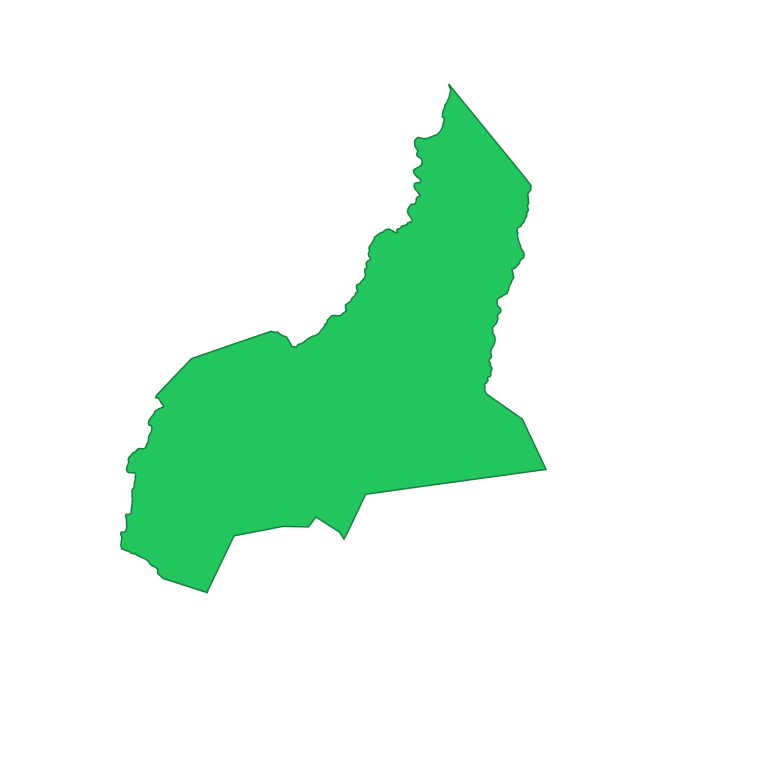 outline of Itaguaçu da Bahia, Bahia, Brazil, rotated 34°
{"feature_id": "56859067B27596324942544", "entity_name": "Itaguaçu da Bahia", "entity_type": "district", "adm_level": 2, "iso_a3": "BRA", "parent_name": "Brazil", "parent_adm1": "Bahia", "projection": "albers", "projection_center": [-42.3, -10.736], "detail": "fine", "context": "isolated", "style": "filled", "palette": "green", "viewbox_px": 768, "rotation_deg": 34, "n_neighbors": 0, "source": "geoboundaries", "source_scale": "gbopen_adm2", "svg_char_len": 5905}
<svg xmlns="http://www.w3.org/2000/svg" viewBox="0 0 768 768"><g transform="rotate(34 384 384)"><path d="M437.6,535.0L435.9,521.3L431.9,495.2L430.5,485.6L439.8,477.3L447.1,470.7L455.6,463.1L464.2,455.3L474.7,445.9L502.8,420.8L516.8,408.3L518.9,406.4L566.1,364.2L518.4,335.8L476.2,335.0L474.0,334.7L471.8,333.3L470.1,331.7L469.5,330.0L468.1,329.1L467.6,327.2L468.3,325.8L468.3,324.3L468.2,322.7L466.3,321.4L466.5,319.8L467.9,318.7L467.6,316.8L466.4,315.4L465.5,313.3L464.8,310.7L463.4,309.8L461.3,309.7L461.5,308.0L460.1,307.1L458.1,306.3L457.6,304.2L458.0,301.5L456.9,300.1L455.6,299.0L454.7,297.9L453.9,296.3L453.5,294.8L453.3,293.3L453.3,291.4L453.0,289.1L452.3,287.0L451.6,285.6L450.7,284.2L449.6,283.0L448.2,282.0L446.5,281.3L445.2,280.5L444.5,278.9L442.8,277.3L442.5,275.1L442.8,273.0L443.2,270.8L442.6,268.3L441.8,266.0L440.7,264.8L439.6,263.4L439.9,261.0L440.5,259.0L439.2,257.0L437.6,256.0L435.6,255.8L433.6,255.0L432.4,253.7L431.4,251.6L430.5,249.8L431.3,248.6L432.0,246.9L432.8,245.6L433.7,243.3L434.6,241.5L435.4,239.9L434.9,237.5L434.2,235.4L433.1,232.9L433.0,230.6L432.8,228.7L432.1,226.2L432.2,223.5L430.8,221.9L429.6,221.0L428.6,219.7L427.1,218.5L425.9,217.4L427.2,215.5L428.3,213.0L428.3,210.8L428.8,208.6L428.4,207.2L427.9,205.7L428.2,203.6L429.1,201.6L428.6,199.8L427.7,198.2L426.3,197.1L424.9,196.2L423.5,195.6L421.3,194.7L420.1,193.4L418.5,192.1L417.1,191.3L415.4,190.0L413.7,188.4L412.4,187.3L411.1,185.5L410.4,183.8L409.1,183.1L408.0,181.5L407.5,179.9L408.2,178.3L409.3,176.8L408.8,174.5L409.4,172.2L409.3,170.1L408.4,168.5L408.6,166.7L408.3,164.8L406.9,162.9L406.7,160.4L406.2,158.8L404.6,157.4L403.1,155.7L403.0,153.5L401.2,151.2L400.0,149.9L398.9,148.3L397.1,146.4L396.9,144.5L397.0,142.6L396.8,140.5L395.7,139.1L395.1,137.4L387.0,134.5L382.7,133.2L275.5,100.9L269.9,99.2L272.0,101.1L273.7,102.1L275.2,103.1L275.8,105.1L276.6,107.3L277.6,109.5L277.9,111.6L278.2,113.6L278.8,115.3L278.6,117.1L278.6,119.2L279.7,120.9L280.3,124.4L281.1,126.5L282.1,127.9L282.8,129.9L285.0,130.0L286.6,131.9L287.4,135.0L288.9,138.5L289.4,142.0L289.0,145.8L288.2,148.0L286.8,150.0L285.1,152.3L283.7,154.6L282.1,156.6L280.0,158.2L278.7,158.9L276.6,159.8L274.5,160.4L273.6,162.5L273.3,164.9L274.4,166.8L276.0,168.8L277.9,170.3L280.4,171.0L281.8,171.7L282.2,173.8L282.7,175.6L284.6,176.5L286.3,176.5L287.9,176.1L289.5,176.8L291.2,178.2L292.2,180.1L292.5,181.7L291.8,184.1L290.1,187.1L288.8,189.9L290.1,191.8L291.6,192.6L293.2,193.2L296.0,194.0L298.6,193.8L300.9,194.6L301.0,197.0L299.6,198.2L298.3,199.3L297.3,201.0L298.3,203.2L301.1,205.2L303.8,205.7L305.7,206.5L307.3,206.8L308.6,208.2L307.1,210.4L307.1,212.4L308.0,213.8L308.7,215.0L308.9,217.9L306.6,219.2L305.9,220.7L305.9,222.9L306.1,225.9L307.4,228.3L308.9,229.3L311.0,230.3L313.0,231.0L315.5,232.3L316.4,234.0L314.4,235.7L313.4,237.2L314.2,238.9L312.9,240.2L311.7,241.8L310.4,243.0L310.4,245.0L310.1,246.6L308.7,247.8L308.4,249.2L310.5,250.6L308.8,252.2L306.7,252.1L305.2,252.2L303.3,252.7L301.7,252.5L299.9,254.4L298.6,256.3L298.2,258.8L296.7,260.2L295.7,262.9L294.9,265.1L294.2,267.2L294.7,269.5L295.0,271.8L295.0,274.2L295.2,276.3L295.0,277.8L295.5,279.8L296.9,281.0L297.9,282.8L298.0,284.4L299.1,285.8L300.4,286.8L301.8,286.8L303.0,288.1L302.5,289.7L301.8,291.1L301.4,293.4L302.3,294.8L304.0,296.4L304.8,297.8L303.9,299.5L305.1,301.6L307.0,303.2L308.2,305.2L308.5,307.5L308.3,309.4L308.0,311.0L307.6,312.7L307.9,314.6L306.7,315.8L306.0,317.5L307.4,319.7L309.0,320.8L310.5,322.5L309.6,324.6L310.6,326.9L309.6,330.0L309.7,332.0L310.2,333.8L309.3,335.5L308.9,337.4L307.7,339.8L309.0,341.7L310.5,343.4L311.9,344.4L311.2,346.3L310.5,348.4L310.1,350.4L309.1,352.1L307.3,353.4L305.7,354.2L304.4,355.1L303.1,355.9L302.1,357.8L301.9,360.8L301.2,362.7L302.3,364.3L302.5,366.0L301.7,367.3L302.3,369.3L302.3,371.8L301.9,374.3L301.8,376.0L301.8,377.9L301.2,379.6L300.7,381.2L299.6,382.8L298.1,384.2L297.1,386.2L296.1,388.4L295.2,389.8L295.0,391.5L294.3,393.2L293.8,394.8L292.8,396.9L290.8,399.0L290.6,400.9L290.4,402.4L288.4,403.8L286.4,404.2L284.9,403.4L282.8,402.3L280.2,401.0L278.3,400.3L277.1,399.5L275.2,400.0L272.6,400.7L270.4,400.7L268.8,400.7L266.5,400.4L265.5,401.6L263.6,402.7L261.0,403.4L240.4,430.5L211.4,469.1L210.3,470.7L210.0,472.2L208.8,479.0L208.5,481.0L208.1,483.1L203.4,510.4L203.2,512.0L201.9,519.4L201.9,521.5L202.4,523.1L204.1,522.4L205.9,522.2L207.4,522.9L209.5,524.1L211.4,524.7L213.0,525.0L213.8,526.4L212.7,528.3L211.0,530.9L210.1,533.0L209.3,534.7L209.8,536.4L209.9,538.4L209.6,541.2L209.6,542.9L209.4,544.8L209.8,546.3L210.4,548.0L211.8,549.5L214.1,548.7L216.0,550.1L216.9,551.5L217.7,553.6L217.9,556.2L218.0,557.7L218.8,560.1L220.0,562.0L220.8,564.1L221.0,566.7L221.6,568.7L221.9,570.5L220.4,572.7L218.3,573.6L216.6,574.8L216.1,576.3L215.9,577.9L215.6,579.7L214.3,581.6L214.1,583.8L214.1,585.5L213.6,587.5L213.9,589.2L214.9,590.4L216.1,591.7L216.8,594.3L217.3,596.9L218.3,599.0L220.5,600.4L222.7,599.9L224.5,598.6L226.7,597.4L228.8,597.7L229.6,599.6L230.1,601.0L231.3,602.5L232.0,604.2L232.4,605.9L233.4,607.1L234.7,609.6L234.4,611.7L234.7,613.6L236.2,615.4L237.7,617.7L238.8,618.9L239.9,620.0L241.0,622.4L242.3,624.3L243.6,627.0L244.3,628.7L245.4,630.7L246.8,632.5L245.7,634.6L243.1,636.3L243.6,638.4L245.1,638.9L246.1,640.4L247.2,641.7L248.8,643.9L250.1,645.6L251.2,647.5L251.9,649.7L252.0,651.7L250.2,653.0L248.9,653.7L249.8,655.8L251.3,656.9L252.6,658.0L253.7,660.2L254.8,662.5L256.0,664.7L257.4,666.0L258.7,667.4L260.4,667.0L262.3,666.4L264.1,666.1L266.1,665.4L269.3,665.5L270.9,664.9L272.5,664.2L274.0,664.0L275.8,663.9L278.6,663.6L281.5,663.0L283.3,662.7L285.5,662.5L287.5,662.7L290.0,663.8L292.2,664.4L293.9,664.4L296.7,663.8L299.9,664.1L301.2,665.8L302.0,667.4L304.9,668.0L307.1,668.3L309.5,668.8L354.2,655.8L353.4,653.7L349.0,623.7L344.6,593.9L345.6,592.7L346.9,591.4L379.8,558.6L397.9,546.9L401.3,544.6L401.5,542.5L401.9,532.3L429.8,531.7L437.6,535.0Z" fill="#22c55e" stroke="#15803d" stroke-width="1.5"/></g></svg>